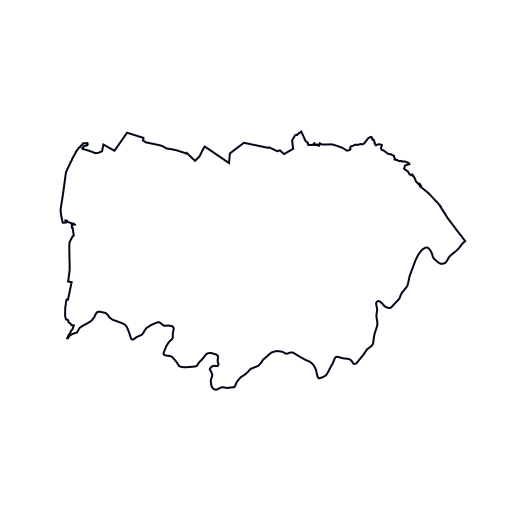 the district of Huanímaro, Guanajuato, Mexico, rotated 11°
{"feature_id": "50627088B31138177943412", "entity_name": "Huanímaro", "entity_type": "district", "adm_level": 2, "iso_a3": "MEX", "parent_name": "Mexico", "parent_adm1": "Guanajuato", "projection": "mercator", "projection_center": [-101.493, 20.365], "detail": "fine", "context": "isolated", "style": "outline", "palette": "ink", "viewbox_px": 512, "rotation_deg": 11, "n_neighbors": 0, "source": "geoboundaries", "source_scale": "gbopen_adm2", "svg_char_len": 6061}
<svg xmlns="http://www.w3.org/2000/svg" viewBox="0 0 512 512"><g transform="rotate(11 256 256)"><path d="M458.5,201.5L457.9,200.9L455.3,198.8L454.8,198.0L452.2,195.9L447.2,191.6L445.5,189.9L437.5,182.8L432.0,177.1L431.9,177.0L432.1,177.0L427.0,171.8L427.3,171.7L422.9,168.1L422.5,168.1L414.5,162.2L413.1,161.3L411.2,160.2L404.0,156.5L404.5,155.5L403.2,154.8L403.3,154.3L402.5,153.9L402.4,154.9L398.5,152.0L397.5,150.1L395.6,147.7L394.9,147.6L394.0,146.2L392.9,147.0L392.7,146.7L391.2,146.6L388.9,144.0L384.7,142.1L385.0,138.7L389.0,136.6L388.2,135.6L387.8,135.6L387.3,135.3L386.5,135.4L384.1,134.8L383.4,134.9L382.4,135.3L381.8,135.4L381.2,135.3L380.9,135.0L380.6,134.9L379.0,135.5L377.5,135.4L376.1,134.8L374.7,135.0L373.8,134.8L374.2,134.1L372.5,132.5L372.4,131.3L370.2,130.9L368.7,130.2L367.7,130.6L366.2,130.5L360.9,128.0L359.2,128.0L358.8,127.2L358.1,126.6L358.4,123.1L357.1,122.8L355.7,122.8L354.0,123.4L352.6,124.5L350.9,123.0L351.0,122.1L349.0,119.2L348.1,119.6L346.6,117.1L345.5,117.5L344.4,118.3L343.5,119.3L340.7,124.8L340.0,125.5L339.4,125.9L338.3,126.3L337.8,126.0L337.6,126.0L336.1,126.8L334.5,127.6L332.8,127.7L331.9,127.9L329.9,129.5L328.9,129.9L328.1,130.4L327.9,131.1L327.8,132.1L328.4,133.1L328.4,133.3L327.2,134.4L325.2,135.2L324.9,135.2L321.0,133.6L319.4,133.2L315.0,132.5L309.4,131.9L300.1,133.9L298.9,133.8L297.1,133.2L297.0,133.8L297.1,134.5L297.0,135.2L296.9,135.2L296.7,135.8L296.1,136.5L296.6,135.0L296.1,134.9L295.4,135.1L295.2,134.9L294.4,135.6L294.1,135.6L293.7,135.2L292.7,135.8L292.0,135.9L291.8,135.6L292.1,134.5L291.8,134.2L291.2,134.9L290.8,136.0L286.3,137.1L285.9,136.1L285.5,136.1L285.3,135.3L285.0,134.9L284.4,134.5L282.8,133.7L282.5,133.4L276.7,125.2L275.2,126.9L273.6,128.5L273.2,129.4L271.8,129.7L271.2,130.4L269.4,135.7L271.4,141.9L272.1,143.6L264.1,150.6L259.2,147.7L257.0,149.1L248.0,146.8L247.4,147.5L222.5,147.2L210.8,160.3L211.8,169.9L184.8,158.3L183.9,160.6L181.5,169.1L178.0,174.2L168.2,168.0L167.8,168.8L166.2,168.4L157.9,167.4L152.8,167.3L147.2,167.5L145.2,166.6L142.2,165.8L137.5,165.6L126.6,165.5L122.9,164.2L123.2,162.6L122.9,161.5L105.9,159.6L97.0,179.7L84.9,175.7L84.9,182.6L83.1,183.7L81.9,184.7L80.0,185.4L78.0,185.7L76.2,185.2L74.6,184.9L67.6,184.1L65.4,184.1L64.9,183.5L65.2,182.6L65.4,182.5L66.2,181.0L69.2,179.5L68.9,178.7L69.4,178.4L68.9,177.3L67.3,177.9L66.4,177.9L64.8,178.4L64.5,179.0L64.5,179.4L64.1,180.1L63.5,180.6L62.6,182.2L62.4,182.8L61.6,183.2L61.2,184.3L60.5,185.7L60.2,186.1L59.8,187.3L59.4,187.8L59.3,188.1L59.4,188.3L59.0,189.7L57.7,193.5L57.0,195.6L57.0,196.6L56.3,198.9L55.8,200.2L55.9,200.8L54.6,205.3L53.5,209.7L53.6,212.4L54.7,231.3L55.3,247.9L56.7,252.6L59.9,260.2L62.9,259.5L62.2,257.7L62.3,257.7L62.2,257.5L63.2,257.3L63.8,257.5L64.1,258.3L66.5,258.8L71.2,259.2L72.0,259.7L69.2,260.8L70.1,263.6L70.7,263.5L73.2,270.8L72.6,271.3L72.2,271.9L70.5,277.4L70.4,278.5L70.5,279.6L70.8,281.8L73.4,294.2L74.6,299.4L75.7,305.0L76.5,317.0L80.0,316.8L79.8,334.8L78.4,334.9L78.2,337.8L78.5,339.4L78.6,343.2L79.7,349.3L80.0,351.1L81.3,354.0L81.6,354.5L82.2,354.6L83.5,354.6L84.8,357.0L86.5,357.6L87.6,358.5L88.0,359.1L90.4,358.8L89.9,362.7L88.7,364.9L88.4,366.5L86.8,370.6L86.4,372.8L86.8,372.8L87.4,371.9L88.2,369.6L91.1,367.3L94.9,365.2L95.8,362.4L96.6,360.2L99.3,357.5L103.4,354.2L106.9,350.9L109.0,346.7L109.7,343.6L110.9,341.3L112.8,340.5L119.2,340.6L121.8,342.2L124.0,344.4L127.4,345.9L136.9,347.4L140.5,348.4L142.8,350.4L145.4,354.3L149.2,361.0L150.6,361.7L152.2,360.7L154.1,358.5L158.9,355.1L160.1,352.9L161.1,350.0L162.2,347.6L166.3,343.7L171.3,340.3L173.1,339.5L174.6,339.8L177.6,341.5L179.1,342.0L181.0,341.6L183.1,341.0L185.2,340.9L187.1,340.9L188.6,341.9L189.2,343.3L189.1,347.8L189.9,352.1L189.6,353.5L187.5,356.2L186.5,358.1L185.2,361.4L183.9,367.9L183.8,369.1L184.1,369.9L184.5,370.4L185.2,370.7L186.2,370.9L190.4,370.6L192.6,370.9L196.8,374.0L199.2,376.2L201.3,378.6L203.1,379.1L205.7,379.0L208.5,378.6L217.6,376.0L219.0,374.9L220.5,371.1L222.5,368.3L223.5,366.5L226.1,361.5L227.7,360.5L230.2,359.8L233.0,360.0L236.2,360.4L237.6,361.4L238.0,362.7L238.3,366.1L239.0,367.9L239.9,369.4L239.7,370.8L239.2,371.3L238.0,371.6L235.9,371.7L234.2,372.5L232.8,374.2L232.2,375.9L234.0,378.1L235.6,380.6L235.9,381.9L235.3,387.0L237.0,392.0L238.7,394.0L240.6,394.9L242.8,394.8L247.3,391.4L249.4,391.1L252.7,391.1L259.8,388.8L260.4,387.2L260.8,384.7L261.9,381.8L264.2,377.9L267.8,374.4L269.7,372.0L272.3,367.8L279.2,363.4L281.5,359.6L282.6,356.7L287.8,349.9L289.5,347.9L291.7,346.6L294.1,345.5L296.8,345.1L300.2,345.0L303.7,346.1L305.2,346.0L307.4,344.6L309.2,343.9L310.3,343.8L311.5,344.0L315.7,345.6L324.2,348.5L328.2,349.3L329.2,349.6L331.6,350.9L333.7,352.5L336.5,356.1L338.6,361.0L339.7,363.0L340.9,364.1L342.1,363.6L343.9,362.7L345.8,361.3L347.0,360.2L347.8,359.1L348.8,356.5L350.6,350.1L351.7,347.3L352.9,341.2L353.2,340.5L353.6,340.1L354.2,339.6L355.0,339.4L361.7,339.8L365.7,339.4L367.2,339.5L368.0,339.7L369.0,340.2L369.9,340.8L372.1,343.0L372.6,343.2L373.2,343.2L373.6,343.0L374.3,342.7L374.9,342.2L376.0,340.5L377.3,337.9L379.6,333.8L380.9,331.0L382.5,327.2L382.9,326.3L385.0,324.1L386.8,321.9L387.2,321.0L387.5,320.0L387.6,318.6L387.3,314.5L387.2,310.3L388.1,302.7L388.2,301.1L388.2,300.1L388.0,299.0L387.6,297.6L387.2,296.2L386.1,293.5L385.8,292.7L385.4,289.8L385.2,285.7L384.7,284.1L383.0,280.1L383.0,279.0L383.2,278.2L384.1,277.1L385.1,276.8L385.7,277.0L386.4,277.2L388.3,278.1L391.6,280.6L392.2,280.9L393.9,281.5L396.2,281.6L397.1,281.5L397.8,281.3L398.7,280.4L402.1,274.9L404.5,271.2L404.9,270.2L405.2,269.0L405.4,267.1L406.3,264.2L409.6,258.0L410.3,256.3L410.5,253.5L410.6,246.7L410.8,245.2L413.4,229.8L414.0,227.3L415.2,223.4L417.1,219.3L418.4,217.6L420.2,215.9L421.4,215.2L422.3,215.0L422.7,215.0L423.7,215.4L424.8,216.2L426.5,217.7L427.8,219.4L428.6,220.7L429.7,223.0L430.2,223.7L431.0,224.4L432.7,225.6L436.4,227.7L438.0,228.2L439.1,228.3L439.7,228.3L441.8,227.5L443.0,226.7L443.8,225.6L444.5,224.0L445.4,221.0L446.3,219.1L448.7,216.1L451.5,212.8L452.9,210.9L454.4,208.3L455.9,205.1L456.5,204.1L458.5,201.5Z" fill="none" stroke="#020617" stroke-width="2"/></g></svg>